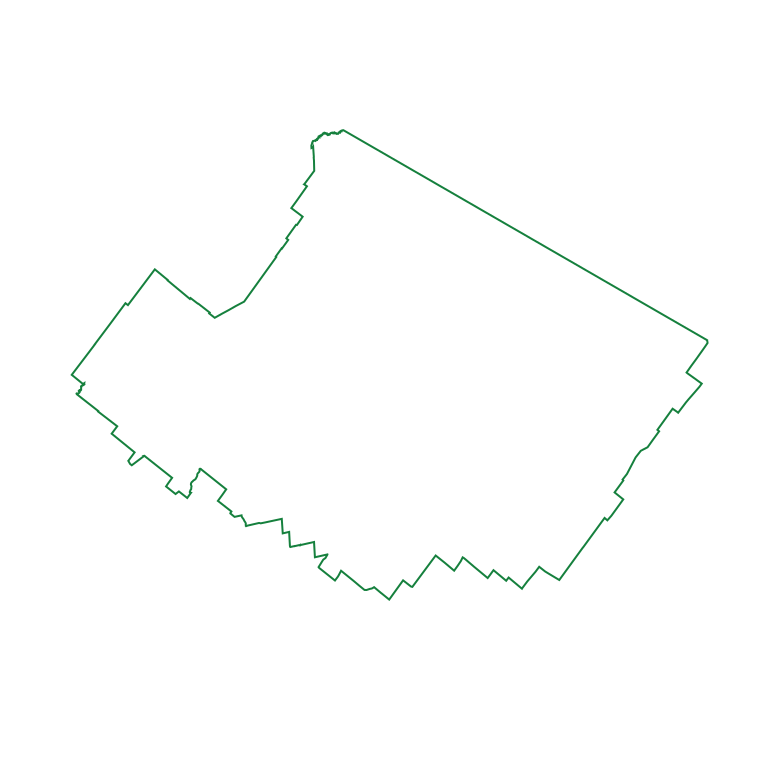 outline of Balonne, Queensland, Australia, rotated 210°
{"feature_id": "25037944B99375808826492", "entity_name": "Balonne", "entity_type": "district", "adm_level": 2, "iso_a3": "AUS", "parent_name": "Australia", "parent_adm1": "Queensland", "projection": "equal_earth", "projection_center": [148.683, -28.285], "detail": "fine", "context": "isolated", "style": "outline", "palette": "green", "viewbox_px": 768, "rotation_deg": 210, "n_neighbors": 0, "source": "geoboundaries", "source_scale": "gbopen_adm2", "svg_char_len": 5734}
<svg xmlns="http://www.w3.org/2000/svg" viewBox="0 0 768 768"><g transform="rotate(210 384 384)"><path d="M126.3,583.5L546.0,583.5L546.2,583.2L546.6,583.1L546.8,582.8L547.1,582.7L547.3,582.3L547.6,582.0L547.6,581.9L547.2,581.5L547.5,581.3L547.8,581.4L548.0,581.3L547.9,580.9L548.3,580.6L548.3,580.4L548.1,580.2L547.9,580.2L547.7,580.0L547.7,579.8L547.8,579.8L548.3,579.9L548.6,579.8L548.7,579.7L548.7,579.3L548.8,579.2L548.7,579.1L548.6,578.9L548.8,578.2L548.8,577.8L549.0,577.7L549.2,577.9L549.4,577.8L549.7,577.2L549.9,577.2L550.2,576.9L550.4,577.0L550.8,576.9L551.1,577.0L551.2,577.3L551.4,577.3L551.6,577.0L551.7,576.7L551.9,576.6L552.1,576.6L552.2,576.8L552.5,577.0L552.8,577.1L552.9,576.9L552.7,576.6L552.8,576.3L552.8,576.0L552.8,575.9L553.3,575.9L553.7,576.2L554.0,576.2L554.4,575.9L554.7,575.7L554.8,575.6L554.7,575.3L555.0,575.3L555.2,575.1L555.4,575.0L555.6,574.7L555.9,573.9L555.8,573.6L555.7,573.3L555.7,573.0L555.8,572.8L555.9,572.7L556.2,572.6L556.4,572.6L556.7,572.6L556.9,572.7L557.0,572.6L557.1,572.4L557.2,572.2L556.9,572.1L556.7,572.2L556.4,572.1L556.7,571.8L557.1,571.4L557.3,571.4L557.4,571.6L557.6,571.9L557.7,572.0L558.0,572.0L558.1,571.7L558.3,571.7L558.4,571.8L558.5,572.1L558.8,572.5L559.0,572.4L558.9,572.1L559.0,571.9L559.5,571.8L559.8,571.5L560.6,571.1L561.0,571.4L561.0,571.5L561.0,571.9L561.4,571.8L561.6,571.4L561.7,571.0L562.0,570.6L561.9,570.5L561.7,570.5L561.7,570.3L562.0,570.1L562.3,569.5L562.3,569.4L562.0,569.3L561.9,569.2L561.9,568.8L562.0,568.6L562.3,568.5L562.3,568.2L562.7,568.1L562.8,567.9L563.1,567.8L563.1,567.7L562.9,567.3L563.1,567.3L563.1,567.1L562.9,567.0L562.8,566.8L562.9,566.7L563.6,567.0L563.7,566.9L563.8,566.8L563.9,566.6L563.7,566.4L563.9,566.0L563.9,565.8L563.8,565.7L564.1,565.7L564.3,565.6L564.2,565.3L564.3,565.0L564.3,564.7L564.2,564.6L563.7,564.7L563.8,564.3L563.7,564.0L563.8,563.8L563.7,563.6L563.7,563.4L563.8,563.3L564.3,563.1L564.5,563.0L564.6,562.9L564.6,562.5L564.7,562.1L564.5,561.9L564.2,561.8L564.1,561.7L564.4,561.5L564.6,561.5L564.7,561.3L564.7,560.9L564.8,560.8L564.8,560.7L564.9,560.4L565.1,560.5L565.2,560.8L565.3,560.9L565.7,560.2L566.3,559.3L566.4,559.2L566.7,559.2L566.9,559.1L567.0,558.9L567.0,558.1L566.7,557.5L566.7,557.3L566.8,557.3L566.8,557.0L566.8,556.9L566.4,556.6L566.4,556.3L566.5,555.9L566.1,554.1L564.8,552.1L563.9,553.6L563.9,553.9L558.2,545.4L558.2,545.1L556.3,542.4L551.0,533.7L552.9,517.2L553.0,517.0L549.6,516.7L551.3,498.2L552.2,490.0L548.9,489.6L547.5,489.4L544.0,489.0L538.1,488.2L538.9,478.2L539.8,477.9L541.4,461.3L539.0,460.9L540.1,450.2L540.5,450.3L541.5,440.3L540.8,440.1L546.3,385.4L551.4,377.3L555.6,370.1L559.5,363.8L563.7,356.7L570.7,357.7L570.6,358.7L585.0,360.7L585.4,360.5L594.5,361.7L594.6,360.6L623.2,365.5L623.2,365.9L639.8,368.7L645.2,324.3L648.3,324.7L651.3,298.6L654.3,273.7L654.2,273.7L655.8,260.9L659.0,235.8L644.7,233.5L644.0,234.9L643.8,234.4L643.3,233.9L643.4,233.7L643.7,232.8L643.9,232.5L644.5,231.9L644.6,231.4L645.0,231.3L645.2,230.7L645.1,230.2L644.9,229.9L644.6,229.7L644.3,229.4L644.1,228.7L644.0,228.4L643.5,227.8L643.4,227.5L643.4,226.9L643.5,226.8L643.8,226.8L644.0,226.9L644.3,226.8L644.6,226.6L644.6,226.4L644.9,225.4L644.7,225.2L644.3,225.1L644.0,224.8L643.5,224.8L643.5,224.4L643.7,223.5L644.1,222.8L644.3,222.6L644.5,222.4L645.2,222.4L645.4,222.3L645.5,222.1L645.5,221.9L645.4,221.8L644.9,221.6L644.7,221.5L617.9,217.7L617.9,217.2L593.9,214.0L595.0,204.8L565.8,200.1L567.0,189.6L563.9,187.8L561.8,187.5L555.7,201.9L555.8,201.9L555.7,202.0L520.6,196.8L521.3,189.6L521.5,186.3L509.5,184.5L507.9,188.4L497.4,186.9L496.8,193.2L497.3,193.0L497.7,192.9L498.0,193.1L498.2,193.3L498.3,193.7L498.3,194.2L498.4,194.5L498.6,195.2L498.4,196.2L498.5,196.7L499.1,197.9L499.4,198.7L499.5,199.1L500.2,199.8L500.6,200.0L501.1,200.6L501.4,201.4L501.5,202.2L501.4,203.1L501.1,203.7L500.8,205.1L500.6,205.5L500.0,206.6L499.7,207.3L499.7,208.7L499.7,209.5L499.9,211.2L500.5,212.3L500.6,212.7L500.6,213.1L500.6,213.6L500.5,213.9L500.4,214.3L500.3,214.6L500.2,215.0L500.1,215.8L500.2,216.4L500.4,216.8L501.2,217.9L501.2,218.2L501.1,218.5L500.8,218.7L500.5,218.8L500.2,218.8L499.9,218.8L499.8,218.7L468.0,213.9L468.6,207.0L469.4,199.7L452.4,197.3L452.5,195.2L452.4,195.1L447.0,194.2L441.7,199.0L441.4,198.6L441.2,198.4L440.8,198.0L440.0,197.5L439.5,197.3L438.3,196.8L437.0,196.0L436.0,195.3L435.6,195.2L434.8,194.8L434.5,194.6L433.8,193.9L433.4,193.0L432.8,192.3L432.7,192.0L432.4,191.9L431.3,193.2L422.7,201.2L421.1,201.7L417.7,204.7L405.1,216.1L397.0,204.0L392.2,208.5L384.7,197.0L384.0,196.1L383.6,196.0L380.5,198.9L380.4,198.8L377.1,201.9L376.4,202.1L376.5,202.3L376.3,202.6L376.2,202.4L365.6,212.2L357.2,199.4L347.8,208.1L347.7,208.0L347.7,204.0L348.8,201.5L349.1,192.7L348.2,192.3L328.2,189.3L327.6,194.2L327.6,196.0L327.8,200.8L312.0,198.3L304.7,197.0L297.9,195.9L296.1,196.9L293.8,199.5L292.3,200.8L291.5,202.1L291.0,203.1L281.9,201.5L281.6,201.5L271.7,199.9L269.3,223.5L259.3,222.1L258.0,222.5L253.5,261.3L244.2,259.9L242.2,259.6L229.9,257.4L229.3,263.4L228.9,269.1L229.2,273.2L227.9,273.2L225.4,272.8L220.2,271.8L215.8,271.0L215.4,270.9L197.2,267.8L196.7,271.8L196.1,277.5L179.8,274.7L179.3,278.7L162.2,275.7L162.2,276.2L161.2,284.6L158.9,297.2L158.2,303.3L150.7,302.2L146.5,302.1L134.3,301.9L134.2,301.9L130.0,341.8L129.9,341.9L126.0,378.3L122.4,377.6L121.2,383.6L119.1,403.7L130.1,405.4L128.5,420.1L129.6,420.5L128.6,427.5L129.4,446.2L128.2,454.6L124.1,461.0L123.6,466.1L123.2,470.3L122.1,480.6L124.3,481.0L122.3,500.9L121.7,506.9L116.0,506.4L114.9,506.2L113.3,519.0L112.6,523.0L110.8,532.1L109.9,536.8L109.4,539.5L109.0,543.2L126.6,545.0L127.7,545.2L127.0,553.2L126.1,561.3L125.0,572.8L124.6,577.3L124.3,581.3L125.6,583.0L126.3,583.3L126.3,583.5Z" fill="none" stroke="#15803d" stroke-width="2"/></g></svg>